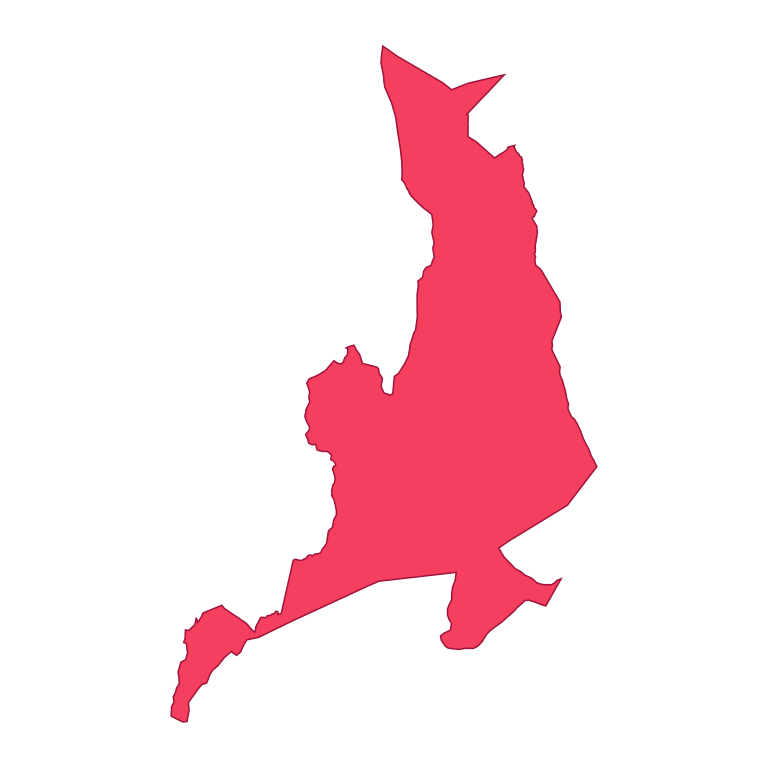 Santiago Nuyoó, Oaxaca, Mexico (Equal Earth projection)
{"feature_id": "50627088B90453813350653", "entity_name": "Santiago Nuyoó", "entity_type": "district", "adm_level": 2, "iso_a3": "MEX", "parent_name": "Mexico", "parent_adm1": "Oaxaca", "projection": "equal_earth", "projection_center": [-97.77, 17.01], "detail": "fine", "context": "isolated", "style": "filled", "palette": "rose", "viewbox_px": 768, "rotation_deg": 0, "n_neighbors": 0, "source": "geoboundaries", "source_scale": "gbopen_adm2", "svg_char_len": 6094}
<svg xmlns="http://www.w3.org/2000/svg" viewBox="0 0 768 768"><path d="M504.3,74.8L479.4,80.6L467.9,83.3L459.9,86.5L454.3,88.7L451.6,89.8L446.1,85.4L443.0,82.9L397.8,56.6L382.8,46.1L381.5,55.3L381.0,63.1L383.7,76.5L383.9,81.6L384.9,87.4L387.2,92.8L391.6,103.0L395.6,116.6L397.9,133.5L400.2,147.5L401.8,161.9L402.1,172.6L401.8,179.8L404.8,183.4L407.5,189.6L408.3,190.3L409.4,193.2L411.9,196.8L418.4,203.4L423.5,208.0L431.8,214.3L433.2,224.9L431.8,232.5L434.1,242.7L433.4,246.0L432.8,248.1L434.2,257.3L432.6,260.6L431.1,265.4L426.0,267.5L423.6,271.4L422.7,277.2L417.8,281.2L418.5,284.4L417.1,294.3L417.1,307.3L417.3,317.0L415.6,329.8L413.9,333.0L410.0,345.2L409.9,346.6L409.7,348.6L409.4,350.5L408.9,353.0L408.3,356.2L404.3,364.3L398.6,373.3L394.4,376.4L393.8,381.6L393.4,386.7L393.3,388.9L392.6,393.9L389.4,395.3L388.6,394.4L386.9,393.9L384.0,393.0L383.7,392.3L383.0,390.7L382.1,388.7L381.7,388.2L381.4,385.8L381.5,383.3L382.0,381.7L382.4,378.5L382.0,377.6L380.9,375.7L379.2,373.6L378.6,369.4L378.4,368.5L376.9,367.2L373.1,366.1L371.8,365.8L362.4,363.4L360.0,355.5L359.1,353.8L356.4,350.0L354.0,345.2L351.4,345.8L349.5,346.4L346.1,348.0L347.7,349.1L347.8,351.1L347.7,352.8L347.3,354.7L347.0,355.4L344.9,357.6L343.9,360.1L343.7,361.2L343.4,361.8L342.1,363.3L340.7,363.9L339.7,363.5L338.2,363.4L337.6,363.1L336.2,362.3L333.9,360.7L331.7,363.3L330.8,364.2L329.1,366.3L327.7,368.0L327.1,368.6L326.7,369.3L324.5,371.2L323.1,372.0L319.6,374.1L315.6,376.2L312.4,377.5L311.3,377.9L309.2,379.0L308.7,379.8L306.7,383.3L308.6,388.2L309.8,392.8L309.3,393.7L309.1,395.2L308.9,398.4L309.9,401.6L309.7,402.1L307.5,406.4L306.9,407.8L305.7,410.5L305.9,412.6L305.0,414.8L305.0,417.1L306.1,420.3L307.3,422.7L308.5,425.0L309.6,427.3L309.1,430.3L307.0,432.6L305.6,434.8L307.4,438.5L308.8,443.2L311.1,444.4L312.8,444.9L314.8,444.3L315.6,444.3L315.8,445.2L316.4,447.3L317.2,450.0L320.3,451.0L321.9,451.1L322.9,451.6L326.8,451.3L329.4,453.0L331.3,455.0L331.3,456.3L331.4,457.0L331.0,457.8L330.8,459.6L333.2,460.9L334.2,462.0L334.6,462.5L335.6,463.9L335.6,465.4L333.7,466.3L332.8,468.2L332.6,469.4L332.8,470.2L333.4,471.7L333.7,472.9L334.5,475.4L335.0,477.4L335.0,478.4L334.9,480.1L334.4,482.5L334.1,483.7L333.3,484.3L332.8,485.3L332.4,487.4L332.0,488.9L331.6,491.6L332.0,494.0L331.6,495.5L332.7,497.5L333.9,499.1L334.4,501.7L335.5,505.9L335.8,507.8L336.3,510.4L336.5,514.6L334.1,519.2L333.6,520.3L332.6,527.0L331.5,528.2L328.8,530.5L328.4,531.3L327.8,534.9L327.2,539.4L326.6,543.1L326.0,544.1L325.4,545.2L324.3,546.7L322.2,549.2L321.6,551.0L320.2,553.1L316.3,554.0L315.2,553.9L313.9,554.6L312.5,555.9L311.4,555.4L310.0,554.9L308.1,555.6L305.4,558.8L305.1,558.8L303.9,559.0L302.2,560.3L300.7,560.4L297.5,559.9L296.0,559.3L294.4,559.6L293.2,560.5L281.3,613.1L280.1,614.0L279.3,614.0L278.1,614.6L277.9,611.9L276.1,611.2L274.0,613.6L271.8,614.1L270.9,615.3L270.0,615.3L269.4,615.5L267.3,615.6L266.3,617.6L261.8,617.3L260.8,617.5L259.8,619.1L255.7,627.0L255.8,629.0L254.4,632.1L253.3,631.2L251.8,629.6L251.5,629.3L246.6,623.6L245.1,622.5L242.8,620.9L241.4,620.1L239.2,618.4L237.4,617.2L233.0,614.3L230.1,612.4L226.9,610.1L224.4,608.5L221.9,605.3L202.9,613.0L201.6,616.5L197.7,622.5L196.3,617.7L194.8,624.8L191.0,628.3L188.9,630.4L185.4,630.0L185.1,638.3L183.7,642.5L186.4,643.5L187.5,653.4L185.5,659.8L180.9,662.2L178.0,671.9L179.0,677.6L179.2,684.0L176.6,688.0L175.3,692.9L173.3,696.7L174.0,702.3L171.6,706.5L171.2,716.2L182.5,721.9L187.0,721.6L189.1,710.3L188.4,702.4L190.7,699.3L194.3,694.4L197.6,689.7L201.8,684.5L206.5,683.1L208.2,679.3L209.7,675.0L212.6,670.3L217.9,665.7L221.5,661.1L224.0,657.9L226.8,655.4L231.2,651.7L236.6,655.3L240.6,652.0L244.2,644.0L246.9,639.8L258.5,637.4L294.1,620.1L329.7,603.7L365.7,587.0L379.0,581.2L456.2,572.4L455.2,580.1L452.5,587.4L451.7,594.8L451.7,599.6L448.8,605.4L447.5,609.3L447.5,615.0L449.0,619.3L451.4,623.3L450.5,630.1L444.2,633.0L440.5,636.0L441.3,640.2L444.9,645.7L447.7,647.9L451.2,648.6L458.9,649.4L465.5,648.3L469.2,648.4L473.5,648.4L477.7,646.3L482.1,641.7L486.6,634.3L490.6,630.3L494.9,627.0L501.6,622.2L510.3,614.5L514.0,611.2L517.3,607.4L520.6,604.6L525.0,600.6L528.5,600.1L536.4,602.6L541.9,604.9L545.8,605.9L561.1,578.8L557.1,580.3L554.5,582.9L551.4,584.7L547.9,584.7L544.3,584.7L540.4,584.0L536.7,582.7L532.2,578.6L528.9,576.9L525.0,575.2L520.7,571.6L515.0,568.5L510.6,563.8L504.6,557.7L501.6,553.1L498.9,548.0L508.4,541.3L567.3,505.3L596.8,466.7L593.8,460.3L591.1,455.7L589.0,449.6L586.4,444.8L583.6,439.2L580.2,430.2L578.6,426.9L577.2,423.8L574.5,419.2L571.6,416.9L569.3,412.2L568.1,409.0L568.1,406.3L568.6,403.9L567.5,401.3L566.3,396.6L566.1,394.5L564.9,389.0L563.6,384.9L562.2,379.6L560.3,376.1L559.6,371.6L560.1,366.8L551.8,349.6L552.4,345.4L551.9,341.0L561.4,317.1L560.4,311.7L559.9,301.8L541.5,270.5L539.3,268.0L535.9,265.5L535.3,263.3L534.8,258.6L535.6,257.0L534.4,253.8L535.3,252.7L535.4,249.6L535.2,245.4L536.0,241.8L536.4,238.1L537.1,236.8L536.7,235.2L537.5,233.0L537.1,230.8L536.8,226.3L534.2,221.8L532.3,218.7L532.4,217.5L534.4,216.4L535.0,214.5L536.7,211.2L536.2,210.0L533.6,206.9L533.8,205.6L532.3,203.1L532.3,201.9L528.7,192.9L524.4,187.4L523.7,185.9L524.3,184.2L523.0,177.7L522.3,174.9L523.6,169.7L523.5,168.6L522.9,167.4L522.8,166.3L523.1,165.1L521.9,162.1L522.4,159.9L521.6,157.5L519.6,155.9L518.6,153.8L516.3,151.8L514.9,148.7L514.1,146.4L514.7,145.4L508.0,147.1L507.9,147.2L507.6,148.6L506.8,149.7L506.0,150.5L505.0,151.2L504.5,151.6L503.1,152.5L501.3,153.5L498.1,155.5L497.5,156.0L496.2,156.8L495.0,157.5L494.4,157.9L491.3,155.2L489.7,153.8L488.1,152.3L486.8,151.2L485.3,149.7L483.6,148.3L483.2,147.9L482.0,146.9L481.5,146.4L480.5,145.6L478.4,143.6L477.8,143.2L477.4,142.7L476.6,142.0L476.1,141.7L475.6,141.4L474.9,140.9L474.3,140.6L473.8,140.2L473.3,139.8L473.0,139.7L472.6,139.5L471.0,138.5L470.0,138.0L469.6,137.6L468.9,137.3L468.0,136.7L468.0,135.7L468.1,127.7L468.0,126.1L468.0,123.2L468.2,120.8L468.1,119.4L468.1,117.1L468.1,115.0L466.7,114.4L469.9,111.1L474.1,106.6L480.6,99.7L481.6,98.7L483.1,97.3L483.7,96.5L486.7,93.4L488.1,92.2L489.2,90.8L495.1,84.6L497.7,81.8L504.3,74.8Z" fill="#f43f5e" stroke="#9f1239" stroke-width="1.5"/></svg>